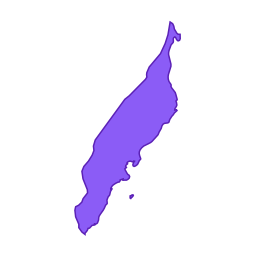 outline of Bushehr, rotated 244°
{"feature_id": "IRN-3210", "entity_name": "Bushehr", "entity_type": "Province", "adm_level": 1, "iso_a3": "IRN", "parent_name": "Iran", "parent_adm1": "", "projection": "mercator", "projection_center": [51.169, 28.786], "detail": "fine", "context": "isolated", "style": "filled", "palette": "violet", "viewbox_px": 256, "rotation_deg": 244, "n_neighbors": 0, "source": "natural_earth", "source_scale": "10m", "svg_char_len": 2627}
<svg xmlns="http://www.w3.org/2000/svg" viewBox="0 0 256 256"><g transform="rotate(244 128 128)"><path d="M189.4,215.9L185.4,214.1L184.3,212.9L184.2,211.7L184.7,210.9L185.6,210.6L186.7,210.4L187.7,210.5L188.8,210.4L189.4,209.8L189.0,208.4L188.1,207.7L186.0,206.8L185.2,206.2L184.8,205.5L184.0,203.5L183.6,202.9L179.6,198.8L177.9,197.5L176.0,196.6L166.6,194.6L164.6,193.6L158.4,187.8L156.5,186.5L154.3,185.6L151.8,185.2L148.2,185.7L147.3,185.4L146.4,184.8L144.5,184.9L142.4,185.4L139.2,186.0L137.1,185.7L132.5,184.8L131.9,184.6L131.6,184.2L131.6,183.6L131.4,183.2L131.1,182.9L129.5,182.7L127.2,182.0L126.1,180.8L124.9,178.7L123.7,177.9L123.2,179.6L122.2,179.7L121.1,176.1L120.1,174.6L119.3,172.5L117.3,169.2L116.4,168.4L115.3,167.3L115.1,166.1L116.2,162.8L116.1,161.3L115.1,159.5L113.2,157.8L112.6,157.0L110.7,154.2L109.0,152.3L108.6,151.7L105.4,143.7L105.0,141.9L104.9,134.2L104.2,131.6L103.1,129.4L101.7,127.8L100.0,126.8L97.8,126.3L95.7,126.1L94.6,125.9L94.2,125.2L93.8,124.0L91.3,120.9L90.9,119.8L90.6,118.1L90.8,116.6L91.8,116.0L92.9,116.3L93.9,117.2L94.8,118.3L95.3,119.3L95.8,118.8L95.8,118.4L95.5,117.9L95.6,117.2L96.0,116.8L97.0,115.8L97.4,115.2L97.6,113.9L97.5,112.5L96.9,111.6L96.0,111.9L95.5,110.1L95.2,109.5L94.5,109.0L94.2,109.0L93.7,109.3L93.3,109.4L93.1,109.2L93.0,108.1L92.9,107.6L92.7,107.3L91.5,107.1L87.4,107.3L86.4,107.5L85.0,108.3L83.6,108.2L82.4,107.1L81.9,105.5L81.8,104.0L82.0,103.3L82.5,102.5L82.8,101.7L83.2,100.7L83.6,100.3L84.4,101.1L84.7,98.7L84.8,98.3L84.3,98.1L84.0,97.7L83.3,96.6L83.7,95.1L83.7,92.7L83.4,90.3L83.0,88.7L82.3,87.5L81.3,86.0L80.5,85.7L80.5,87.5L80.2,86.8L78.7,84.5L75.9,82.2L75.4,81.5L75.1,80.4L74.2,79.3L72.5,77.5L69.4,76.3L68.9,75.6L68.6,74.4L67.8,73.3L66.4,71.7L65.0,69.7L62.6,65.3L61.4,63.4L60.4,62.5L58.2,61.2L56.2,59.1L56.0,58.8L55.8,58.1L55.8,57.0L55.6,56.3L56.4,56.2L56.6,55.9L56.3,55.4L55.6,55.1L56.2,53.0L54.9,49.6L55.3,48.0L54.5,47.4L53.7,46.3L53.0,45.1L52.7,44.1L52.4,43.4L51.6,42.9L51.2,42.7L54.6,41.0L60.0,40.1L63.0,41.6L71.1,42.0L77.3,44.2L79.3,45.7L80.2,46.5L80.2,49.7L81.6,54.0L84.2,56.7L87.4,63.2L90.4,64.4L102.1,65.3L109.3,67.6L112.8,71.5L115.6,78.0L119.3,83.9L122.7,87.5L126.9,89.0L131.6,93.3L155.2,137.8L156.4,143.2L164.1,165.1L165.4,167.2L167.8,168.1L169.5,169.2L173.5,173.8L180.6,189.8L187.6,198.4L194.3,204.8L204.8,212.3L202.5,213.7L201.8,213.9L199.4,213.8L196.8,213.1L195.9,213.1L192.5,213.4L191.9,213.4L190.8,213.9L190.6,213.9L190.3,214.2L189.4,215.9ZM64.6,99.4L65.6,99.9L66.1,100.2L65.9,101.2L66.1,102.3L65.7,103.2L65.2,103.3L64.7,102.8L64.1,101.5L63.8,100.3L63.4,99.6L64.1,99.2L64.6,99.4Z" fill="#8b5cf6" stroke="#5b21b6" stroke-width="1.5"/></g></svg>